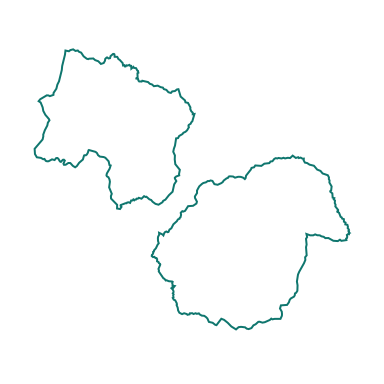 outline of Ubalá, Cundinamarca, Colombia, rotated 184°
{"feature_id": "7082276B3208116605104", "entity_name": "Ubalá", "entity_type": "district", "adm_level": 2, "iso_a3": "COL", "parent_name": "Colombia", "parent_adm1": "Cundinamarca", "projection": "natural_earth1", "projection_center": [-73.441, 4.757], "detail": "fine", "context": "isolated", "style": "outline", "palette": "teal", "viewbox_px": 384, "rotation_deg": 184, "n_neighbors": 0, "source": "geoboundaries", "source_scale": "gbopen_adm2", "svg_char_len": 5985}
<svg xmlns="http://www.w3.org/2000/svg" viewBox="0 0 384 384"><g transform="rotate(184 192 192)"><path d="M158.3,60.9L153.9,67.6L151.1,66.7L147.2,64.0L143.4,60.6L138.5,58.0L136.1,60.4L133.7,60.9L129.6,60.7L127.9,59.5L125.9,59.2L123.2,60.4L121.4,63.3L119.3,64.5L116.8,67.1L115.5,67.3L112.6,66.6L110.3,67.2L105.4,69.8L104.1,71.2L103.0,70.6L100.7,71.2L94.9,71.6L93.7,74.8L93.7,76.5L94.1,78.9L96.1,81.9L95.4,85.1L89.3,86.0L87.6,88.8L87.1,91.0L86.1,92.6L82.9,94.8L82.3,96.1L82.2,98.0L81.1,98.7L80.0,100.8L80.2,106.3L81.1,110.0L80.5,117.0L79.5,119.9L75.3,128.8L74.2,132.1L74.6,134.8L73.2,136.8L74.4,144.9L74.0,147.5L75.0,153.3L74.0,155.1L74.9,158.1L71.0,157.0L68.1,157.2L66.2,158.3L64.0,157.6L61.5,157.7L59.8,156.8L57.5,156.5L55.8,155.3L52.7,155.6L47.6,153.2L43.1,153.2L41.1,154.7L39.6,153.7L34.6,154.8L35.0,156.3L34.2,156.9L34.0,158.1L34.5,159.9L33.5,160.8L32.5,160.8L32.6,161.7L32.0,162.1L32.7,162.5L32.6,163.9L33.2,164.1L32.9,165.5L34.2,166.9L34.0,168.1L34.7,170.1L36.8,170.4L36.7,172.2L38.4,173.0L38.6,175.5L40.3,175.9L40.9,177.1L42.0,177.6L43.9,181.6L45.6,182.3L45.7,182.8L45.0,183.1L45.0,184.3L48.0,187.6L47.9,189.3L48.8,190.9L48.8,193.5L50.1,194.6L49.6,195.8L51.3,196.2L51.9,200.4L54.1,202.0L54.1,202.6L53.3,203.4L53.1,207.3L55.6,211.0L55.6,213.2L56.4,214.4L56.4,216.1L57.7,218.2L63.0,219.6L65.3,222.0L68.7,223.1L72.2,226.7L76.7,227.5L79.1,228.9L81.4,229.2L82.8,231.3L82.8,233.1L84.0,232.9L86.0,233.9L87.8,233.3L88.5,234.1L90.8,233.2L94.1,235.3L96.5,232.7L98.8,232.8L101.5,232.0L103.1,232.5L105.0,231.7L108.1,232.0L109.2,231.4L110.8,231.6L112.2,230.8L113.9,228.3L115.8,227.9L116.9,226.2L121.8,225.3L124.6,222.9L130.7,222.9L131.8,221.0L134.3,220.2L134.8,218.6L139.2,212.1L139.5,209.6L140.2,208.6L142.1,209.9L144.5,210.5L147.0,210.4L150.1,209.3L152.1,210.3L155.4,210.3L156.5,209.9L157.0,208.7L158.5,208.0L161.2,205.6L162.0,204.1L163.4,202.9L166.9,201.0L170.2,201.4L172.4,204.5L174.3,204.8L175.5,204.1L177.1,204.0L178.8,202.6L181.3,201.8L182.7,200.7L185.1,198.2L186.1,196.1L187.1,193.8L186.9,191.3L188.8,187.8L188.6,186.3L186.4,182.7L186.8,180.8L190.0,178.3L194.9,177.6L197.6,172.7L199.5,171.8L200.2,172.2L200.7,171.9L201.8,170.4L201.3,168.5L201.7,166.0L202.5,165.3L202.6,164.5L204.2,163.6L205.1,161.8L208.3,158.5L210.1,154.3L211.8,153.0L212.7,150.5L213.5,150.2L214.8,150.8L216.0,150.2L216.8,149.1L217.5,146.7L218.5,147.6L222.0,149.0L221.7,147.3L222.7,145.0L222.8,143.6L222.5,140.8L221.6,138.5L222.6,137.1L224.1,133.3L225.8,131.1L225.9,129.9L226.6,129.5L226.5,128.0L227.2,126.6L227.6,126.4L227.7,125.3L226.3,124.3L225.0,124.7L223.8,123.5L222.8,123.6L222.1,122.6L222.0,120.4L220.5,119.8L220.1,118.8L218.8,118.0L218.6,117.3L220.1,112.9L219.5,111.5L219.6,110.4L214.5,103.9L213.6,103.6L212.0,101.9L211.3,102.2L209.0,101.4L205.5,101.3L205.0,101.0L205.4,99.7L204.8,98.0L204.9,97.2L202.7,97.0L203.9,95.2L204.9,95.3L205.8,94.6L204.4,93.4L203.5,91.7L203.5,90.5L204.1,89.6L203.2,88.6L203.6,87.6L203.1,85.5L203.8,85.0L202.7,83.3L201.2,82.8L199.5,80.0L199.2,78.8L199.5,78.2L198.2,75.6L197.6,72.9L196.2,70.7L193.4,69.5L191.4,70.5L188.7,69.9L188.0,69.2L185.9,69.8L185.7,70.8L183.3,71.1L182.0,70.4L179.9,71.3L178.7,70.8L176.7,71.4L175.9,70.5L173.7,69.4L171.1,69.3L169.3,68.2L167.8,66.9L166.1,63.6L162.3,63.0L159.5,61.1L158.3,60.9ZM262.6,170.0L261.3,172.2L262.3,173.3L262.2,174.0L257.5,176.2L256.5,176.2L255.9,177.0L254.5,177.3L253.0,176.8L252.1,179.3L250.7,179.4L250.0,180.5L249.0,179.7L248.4,180.4L247.4,180.5L246.8,181.5L245.6,181.5L244.7,182.5L241.9,181.8L239.5,184.5L238.1,183.8L237.1,184.1L234.0,181.7L232.2,181.2L230.6,179.5L227.6,177.6L224.5,177.0L220.8,179.7L220.1,181.2L218.0,182.5L214.8,187.2L211.4,190.9L210.3,198.4L208.4,201.8L210.0,204.2L210.1,205.1L208.8,206.4L205.9,207.7L206.2,209.0L205.7,213.3L210.6,218.6L211.5,223.3L211.6,227.3L213.5,230.8L213.1,233.9L212.2,237.1L211.6,244.4L209.7,244.8L208.7,247.0L205.6,249.1L204.7,250.5L202.7,251.6L201.2,253.2L199.6,256.4L200.2,257.7L199.9,258.7L198.1,260.0L197.6,261.4L196.6,262.6L195.0,270.0L196.7,269.6L196.8,271.2L198.3,272.4L199.5,274.6L199.5,276.3L202.2,280.6L204.8,281.0L205.4,282.9L210.0,286.4L212.7,293.6L214.1,293.3L216.1,291.5L218.7,291.0L219.9,289.4L220.4,289.4L222.5,289.9L224.7,292.1L227.3,292.7L228.3,294.1L230.6,294.4L233.6,295.7L237.4,294.9L239.4,296.5L241.6,297.0L243.5,298.6L249.4,299.5L249.9,298.7L252.4,298.6L253.2,299.4L253.7,301.0L255.4,301.3L255.3,301.8L254.2,302.0L254.7,306.6L253.8,307.2L254.4,309.1L255.0,309.3L256.4,311.6L258.6,311.8L259.2,312.7L261.1,310.8L261.5,313.6L262.9,313.7L263.3,314.4L265.3,313.6L266.2,313.8L267.0,312.6L267.8,312.6L268.3,313.8L269.6,313.4L270.2,315.8L273.4,318.8L274.6,319.4L276.0,321.6L278.6,321.5L279.0,323.9L279.5,324.3L280.4,324.2L282.7,321.9L283.1,319.8L284.6,319.4L285.9,320.3L286.5,320.2L287.8,318.8L288.0,316.8L289.1,314.5L291.8,313.4L294.6,315.9L297.8,316.8L299.8,318.3L304.0,317.8L304.8,317.3L306.3,317.6L309.6,319.8L312.3,323.3L314.5,324.0L315.8,325.2L318.1,324.6L320.5,326.0L323.2,325.1L324.6,323.8L328.1,324.3L328.3,320.1L330.3,308.6L330.4,304.6L332.4,293.1L333.8,289.7L334.5,285.6L337.0,281.2L337.0,279.2L340.5,277.7L341.9,278.3L343.6,278.3L349.8,274.0L351.3,271.9L349.2,270.7L346.9,266.0L346.0,262.5L343.7,258.8L339.8,254.8L339.2,253.6L340.6,251.1L341.0,248.2L343.1,243.4L344.4,238.8L344.2,237.2L344.7,234.0L352.0,224.1L351.3,218.9L349.2,215.8L345.1,215.5L342.7,214.3L341.5,214.7L340.1,212.9L338.7,212.5L337.2,212.7L333.9,214.8L331.3,214.3L329.8,216.4L328.6,216.5L327.7,215.9L325.9,213.3L324.9,212.9L323.1,215.1L322.1,215.3L321.1,214.5L322.2,211.3L321.6,210.2L319.9,210.4L317.4,212.3L315.4,212.4L312.7,209.8L310.3,208.5L308.7,209.8L306.6,213.3L303.1,216.8L302.3,220.6L302.0,221.1L300.5,221.2L299.5,222.1L298.6,224.0L298.2,226.3L297.8,226.7L291.0,225.3L289.5,224.2L288.3,222.2L286.4,220.9L282.5,220.7L280.8,220.1L277.3,216.8L276.2,213.1L275.0,212.8L275.8,209.5L278.2,204.6L278.5,202.7L278.0,201.7L276.4,200.9L275.2,198.8L274.6,196.5L275.0,190.9L271.9,184.6L272.6,182.3L272.3,179.8L265.8,174.0L265.6,170.3L262.6,170.0Z" fill="none" stroke="#0f766e" stroke-width="2"/></g></svg>